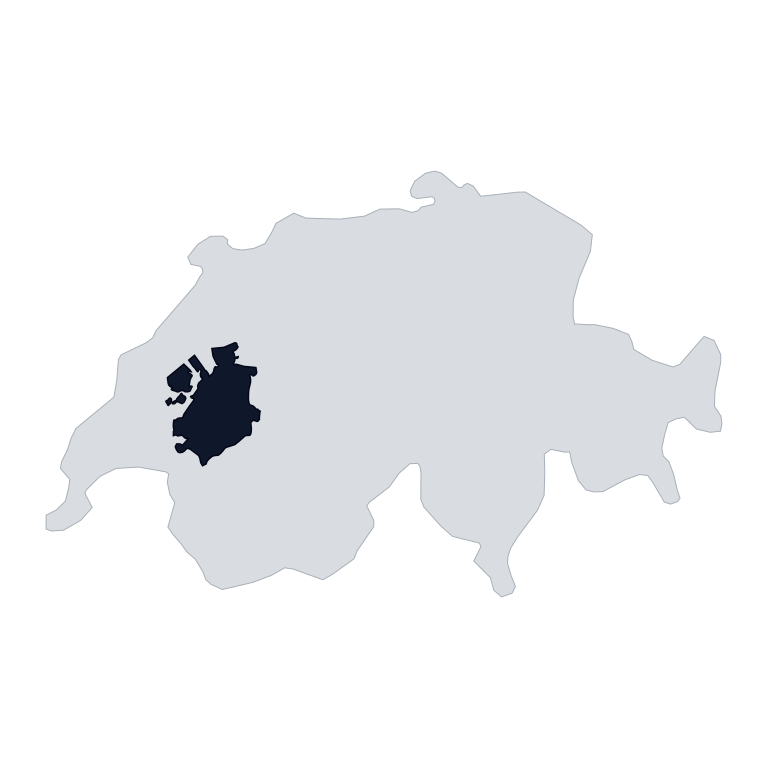 where Fribourg sits in Switzerland
{"feature_id": "CHE-3421", "entity_name": "Fribourg", "entity_type": "Canton", "adm_level": 1, "iso_a3": "CHE", "parent_name": "Switzerland", "parent_adm1": "", "projection": "albers", "projection_center": [7.007, 46.724], "detail": "fine", "context": "in_parent", "style": "filled", "palette": "ink", "viewbox_px": 768, "rotation_deg": 0, "n_neighbors": 0, "source": "natural_earth", "source_scale": "10m", "svg_char_len": 6838}
<svg xmlns="http://www.w3.org/2000/svg" viewBox="0 0 768 768"><path d="M576.8,222.6L581.4,225.4L592.3,234.7L590.4,251.3L579.1,278.2L573.3,300.0L573.1,316.5L574.6,324.2L576.8,324.0L588.5,324.8L594.4,324.6L613.3,328.4L628.5,334.4L631.7,341.2L633.9,349.5L652.2,360.3L673.0,367.0L679.8,364.3L704.1,336.4L714.1,340.5L720.7,354.5L720.8,362.0L715.0,390.9L714.4,406.2L720.9,416.1L721.9,424.0L720.5,431.2L710.3,432.3L696.4,429.0L684.3,417.2L675.7,419.0L668.2,422.5L664.7,434.3L661.8,448.3L663.2,456.0L668.9,461.8L673.6,474.3L677.4,490.6L680.0,498.1L677.6,501.6L670.4,504.1L664.3,502.1L653.0,482.8L647.8,475.5L639.5,474.5L625.0,479.8L602.9,491.6L593.9,491.9L586.1,489.9L578.5,480.8L571.9,463.0L569.6,451.7L565.3,452.2L550.8,449.4L544.3,454.1L544.8,472.5L544.1,495.4L537.3,510.5L517.8,536.7L510.7,548.0L508.0,556.1L507.5,563.1L510.9,575.1L515.4,586.5L512.1,593.2L501.5,596.9L493.7,590.1L490.5,577.7L473.8,561.1L480.9,546.7L479.5,543.1L452.5,536.4L440.6,525.8L424.0,507.2L420.8,499.2L421.0,472.8L420.0,466.5L417.8,463.4L409.9,463.7L399.2,473.1L389.3,486.9L368.9,502.6L366.8,505.9L373.9,520.9L373.7,526.7L357.1,550.9L354.0,558.8L332.7,574.1L322.9,579.8L293.0,569.0L284.7,567.8L271.5,575.3L252.7,582.4L222.3,589.5L211.1,584.4L205.8,579.6L203.2,572.3L195.5,559.5L186.9,551.9L180.9,543.6L173.0,534.5L167.9,527.0L174.8,502.8L169.8,494.3L167.3,482.1L168.7,473.9L166.0,471.9L138.8,467.1L116.1,468.4L99.9,476.4L86.5,489.7L84.9,492.5L85.7,495.0L92.2,507.4L80.9,520.2L63.6,530.2L51.4,531.0L46.1,529.0L46.1,515.1L56.2,510.1L65.4,501.1L68.6,488.4L69.8,479.4L60.4,468.4L61.6,461.7L67.7,449.2L71.2,438.0L76.0,428.4L94.9,412.8L113.9,397.1L116.8,380.2L118.4,359.7L121.1,354.8L146.4,342.6L152.7,337.8L155.9,330.8L175.8,307.8L195.4,285.0L199.4,277.4L202.7,272.9L202.7,269.2L200.2,266.3L190.9,264.4L187.8,257.1L197.9,244.2L210.5,236.3L222.8,236.1L227.7,239.8L227.5,244.1L232.8,248.7L242.1,250.1L253.6,248.5L265.0,243.6L271.9,232.0L276.0,223.3L293.8,213.2L306.0,218.1L340.0,219.1L364.6,216.1L380.0,209.1L399.2,208.8L412.1,212.4L414.4,211.8L417.9,210.8L421.3,207.1L433.4,204.4L435.0,201.4L434.4,198.3L432.2,196.7L417.3,198.6L411.6,196.3L410.1,190.9L414.7,181.2L425.5,173.2L434.7,171.1L441.4,173.1L458.0,187.2L461.9,187.6L464.1,184.9L467.5,183.4L473.2,186.1L479.7,194.9L480.8,196.3L517.2,192.2L525.3,192.0L550.5,207.0L576.8,222.6Z" fill="#d9dde1" stroke="#a8b0b8" stroke-width="1"/><path d="M234.9,342.7L236.3,343.1L236.7,343.6L236.8,343.9L236.9,344.1L237.0,345.4L238.0,346.8L237.7,347.6L236.1,349.6L235.3,350.2L233.4,351.2L233.1,351.6L233.1,352.1L234.0,353.6L234.3,354.4L234.5,355.4L234.6,356.8L235.0,359.1L234.8,360.2L234.4,361.5L233.4,363.7L233.5,364.3L234.0,364.5L234.7,364.5L236.2,364.2L244.0,366.4L255.9,367.5L256.7,372.4L256.0,374.2L254.6,375.4L253.7,375.9L252.8,375.8L252.3,375.5L252.0,375.2L252.1,374.7L251.8,374.5L251.0,374.3L249.9,375.2L249.7,375.9L250.2,376.9L250.6,379.2L250.5,382.4L248.8,389.7L248.5,393.2L248.4,398.9L248.7,402.1L249.3,403.8L249.6,404.5L250.1,404.9L252.8,405.9L253.5,406.4L254.8,407.4L255.4,408.5L255.9,409.0L256.5,409.2L257.1,409.1L257.6,409.2L258.0,409.6L258.3,410.0L258.7,410.3L259.3,410.6L260.0,411.1L260.2,411.5L259.8,412.9L259.3,418.4L259.5,419.2L259.0,419.9L257.7,421.4L256.6,421.3L255.2,420.8L253.1,420.3L252.4,420.8L250.8,422.7L251.4,429.2L251.1,432.2L250.7,434.1L250.0,435.1L249.4,435.4L247.9,435.4L245.3,435.7L239.2,441.1L234.7,444.7L226.0,447.4L224.5,448.7L223.4,450.2L221.0,453.0L219.4,454.4L218.2,455.2L213.7,455.7L212.6,456.2L211.6,456.8L209.0,459.0L207.5,460.7L207.0,461.4L206.8,462.0L206.1,464.0L202.6,465.7L202.5,465.3L202.0,465.1L201.7,464.2L201.1,463.4L200.7,462.4L200.4,461.3L200.3,460.4L199.8,458.2L198.7,455.6L190.4,449.3L188.3,448.5L186.7,448.5L184.5,450.9L183.4,451.7L182.1,452.3L179.9,452.7L178.7,452.4L178.1,452.1L176.4,449.7L175.3,446.7L176.6,444.0L177.0,443.9L179.0,443.9L180.2,444.0L180.6,444.1L182.4,445.3L182.9,445.0L183.3,444.3L187.1,440.0L187.9,438.9L188.2,438.3L187.9,438.1L187.4,438.2L186.2,438.5L185.5,438.3L184.5,437.6L182.8,435.8L182.0,435.4L181.4,435.2L179.7,435.7L177.5,435.9L176.3,435.0L175.4,435.0L174.7,435.2L173.4,435.7L173.3,435.4L173.3,434.7L173.5,433.7L173.4,432.9L173.4,432.3L173.3,431.8L173.5,431.6L173.8,431.3L173.9,430.9L173.8,429.7L173.6,428.5L173.3,426.1L173.4,423.5L173.5,422.5L173.8,420.2L175.6,420.0L178.0,418.3L179.8,418.0L182.1,417.9L183.0,417.7L183.3,417.4L183.2,417.1L183.0,416.8L183.1,416.5L183.9,414.3L189.1,406.6L193.5,400.6L194.1,398.7L193.9,398.6L192.0,398.1L191.5,397.8L191.0,397.5L190.6,396.6L190.8,396.3L192.7,395.7L193.3,395.2L193.9,394.6L198.0,388.7L197.7,385.6L198.6,383.4L199.1,382.5L199.8,382.0L200.7,381.3L202.2,379.5L202.7,378.6L202.8,377.9L202.6,377.6L202.4,377.6L201.7,377.9L201.3,377.5L200.7,376.7L200.3,374.7L200.4,373.7L200.6,372.7L201.1,371.8L200.9,370.9L200.6,370.2L200.3,369.7L200.0,369.6L199.5,369.6L199.0,369.8L198.6,370.0L198.3,370.3L198.3,370.7L198.2,371.1L198.1,371.5L197.9,371.7L197.6,371.6L197.1,371.3L194.7,367.9L193.8,367.0L193.3,366.6L188.7,360.1L194.5,355.3L203.9,368.4L204.6,369.9L206.3,370.9L208.5,374.0L208.6,375.6L208.8,376.1L211.4,374.7L212.7,373.2L213.1,372.5L213.5,371.6L213.8,370.5L214.2,368.5L214.7,367.5L215.2,366.8L215.7,366.7L216.1,366.8L216.6,367.3L216.9,367.5L217.2,367.3L218.3,366.1L218.6,365.5L218.5,365.0L217.6,364.6L217.1,364.3L216.7,364.0L213.6,357.5L213.0,355.9L211.9,348.5L224.0,347.3L231.4,344.2L234.9,342.7ZM183.8,364.1L190.2,370.3L190.7,371.1L191.2,371.8L190.9,371.8L190.6,371.4L190.2,371.1L189.9,371.1L189.0,371.5L188.4,371.9L188.0,372.3L187.7,372.9L187.9,373.0L188.4,373.0L189.1,373.1L190.0,373.5L191.6,374.8L192.1,375.4L192.0,376.2L191.1,377.6L190.4,379.1L190.1,379.8L189.9,380.5L189.8,381.2L189.2,385.7L189.5,386.3L189.8,386.6L190.9,386.0L191.8,386.2L192.1,386.5L192.0,387.0L191.4,388.0L190.3,390.6L189.9,391.1L189.5,391.3L188.3,391.7L187.6,391.8L185.5,391.8L184.8,391.6L184.1,391.3L183.4,390.7L182.7,390.4L181.7,390.7L181.0,390.7L179.9,391.1L179.1,391.7L177.9,391.9L177.4,391.9L176.7,391.7L175.1,390.9L174.4,390.8L173.9,390.7L173.4,390.6L171.5,389.7L171.3,389.4L171.5,389.0L171.9,388.4L172.1,387.9L172.2,387.5L172.0,387.1L171.7,386.9L171.1,387.0L170.7,386.9L170.4,386.7L168.7,385.0L168.2,383.4L167.4,377.6L183.8,364.1ZM181.5,393.4L182.3,394.3L182.8,395.4L183.8,395.8L185.1,396.5L185.8,398.2L185.3,399.8L184.2,402.0L183.1,403.0L181.9,403.6L180.6,403.0L179.3,402.5L177.6,401.6L176.5,401.9L174.7,403.6L173.5,403.8L172.5,403.8L172.1,402.8L172.6,402.3L173.5,401.6L174.6,401.0L176.2,400.3L176.8,398.9L178.2,397.0L179.1,396.3L180.1,394.9L180.7,394.0L181.5,393.4ZM170.5,398.1L171.4,399.0L171.5,400.7L171.2,402.3L170.1,403.7L169.4,404.5L168.4,405.4L167.6,405.0L167.3,403.6L166.5,402.8L165.9,401.7L166.3,400.6L167.3,400.7L168.3,399.4L169.5,398.1L170.5,398.1ZM238.2,356.6L238.2,357.3L238.0,357.6L237.7,358.0L237.2,358.3L236.9,358.2L236.5,358.3L235.9,357.2L238.2,356.6Z" fill="#0f172a" stroke="#020617" stroke-width="1.5"/></svg>